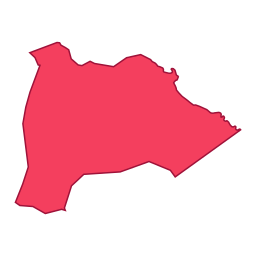 Burke, Georgia, United States of America (Robinson projection)
{"feature_id": "52423323B39009804461770", "entity_name": "Burke", "entity_type": "district", "adm_level": 2, "iso_a3": "USA", "parent_name": "United States of America", "parent_adm1": "Georgia", "projection": "robinson", "projection_center": [-81.796, 33.05], "detail": "fine", "context": "isolated", "style": "filled", "palette": "rose", "viewbox_px": 256, "rotation_deg": 0, "n_neighbors": 0, "source": "geoboundaries", "source_scale": "gbopen_adm2", "svg_char_len": 1654}
<svg xmlns="http://www.w3.org/2000/svg" viewBox="0 0 256 256"><path d="M15.4,202.4L19.9,205.5L32.9,206.5L45.3,213.5L61.6,209.3L65.3,210.4L64.4,208.0L71.5,185.8L83.8,174.3L120.2,171.9L149.0,161.5L170.4,170.3L175.2,176.9L240.6,129.8L240.1,129.2L239.4,129.1L237.9,129.9L237.4,130.1L236.4,129.8L236.0,129.4L235.8,129.0L235.6,128.4L235.8,127.5L235.9,127.1L235.8,126.7L235.4,126.3L235.2,126.2L234.9,126.2L234.6,126.2L234.2,126.5L233.6,126.8L233.0,126.9L231.8,126.7L230.2,125.0L229.4,123.7L228.6,122.2L227.2,120.9L226.6,120.8L226.0,121.2L225.5,121.2L224.1,120.5L223.9,120.0L223.8,119.4L224.1,118.8L224.4,118.0L224.4,117.3L223.8,116.3L223.4,116.1L222.9,116.1L221.9,117.1L221.3,117.1L221.0,117.0L221.0,116.7L221.0,116.0L221.1,115.3L221.2,114.3L220.8,113.3L220.2,112.9L219.7,112.6L218.7,112.4L214.5,112.9L213.1,113.2L211.6,113.1L210.4,112.7L206.9,109.7L199.6,106.4L195.7,105.0L194.9,105.0L193.9,105.2L193.5,105.1L189.8,102.4L187.7,100.6L182.1,96.4L178.8,92.9L176.5,90.1L176.1,88.0L175.4,86.2L173.7,82.9L173.7,82.6L175.7,80.3L176.5,80.2L177.2,79.8L178.3,76.8L178.2,76.7L177.9,76.0L176.9,75.5L176.3,74.8L175.1,70.6L174.8,70.0L173.3,68.7L172.0,68.5L171.5,68.7L171.2,69.2L172.3,70.9L172.3,72.1L171.9,72.7L170.2,73.3L168.6,73.2L164.2,72.1L163.6,71.7L163.4,71.3L163.4,69.3L162.9,68.2L162.3,67.8L160.0,66.8L157.6,66.1L156.6,64.5L156.5,64.4L155.0,63.0L152.2,61.6L150.6,59.6L140.7,54.6L126.6,57.7L113.6,66.7L94.5,63.5L90.1,61.3L82.0,65.6L78.2,65.0L71.2,58.9L68.7,49.8L65.4,47.6L61.0,45.2L59.6,42.8L57.0,42.5L29.8,52.7L35.0,57.6L38.2,65.0L40.0,65.3L30.0,92.2L25.8,107.2L22.9,123.7L28.3,167.0L22.7,184.1L15.4,202.4Z" fill="#f43f5e" stroke="#9f1239" stroke-width="1.5"/></svg>